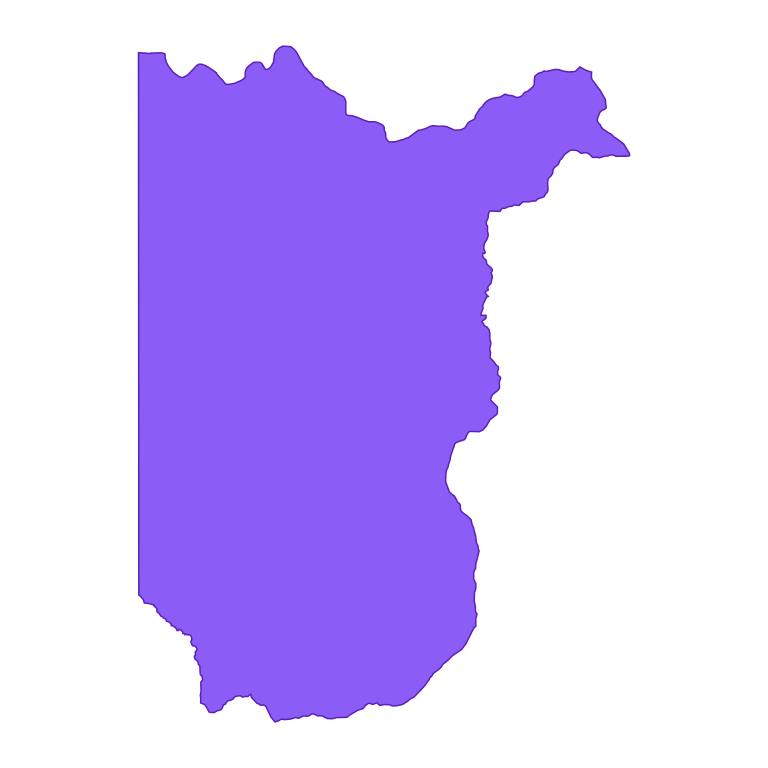 Sarapiqui, Heredia, Costa Rica
{"feature_id": "36466004B54791236061025", "entity_name": "Sarapiqui", "entity_type": "district", "adm_level": 2, "iso_a3": "CRI", "parent_name": "Costa Rica", "parent_adm1": "Heredia", "projection": "mercator", "projection_center": [-83.949, 10.488], "detail": "fine", "context": "isolated", "style": "filled", "palette": "violet", "viewbox_px": 768, "rotation_deg": 0, "n_neighbors": 0, "source": "geoboundaries", "source_scale": "gbopen_adm2", "svg_char_len": 6022}
<svg xmlns="http://www.w3.org/2000/svg" viewBox="0 0 768 768"><path d="M407.6,701.3L410.0,699.1L414.0,697.1L423.9,686.7L429.3,679.4L429.5,678.2L431.8,676.1L433.5,673.2L439.2,669.1L441.5,666.7L442.6,664.6L448.5,659.8L452.3,655.8L461.6,649.5L465.8,643.9L472.5,630.5L474.0,627.9L475.8,626.2L475.8,618.5L476.8,615.4L476.9,613.7L475.8,612.2L475.4,610.6L475.4,606.3L474.3,601.7L474.3,598.3L474.6,591.9L475.4,590.1L475.8,587.6L475.8,583.3L475.2,582.5L473.7,578.5L473.7,572.4L475.6,568.2L475.9,562.7L476.5,561.5L479.1,550.9L478.3,548.9L477.9,545.6L476.5,543.0L475.6,535.9L473.4,527.4L472.2,525.0L471.1,519.7L466.7,515.5L463.5,513.3L461.3,511.3L460.5,509.1L460.3,505.3L459.7,503.8L457.7,502.2L454.6,496.2L451.2,493.8L449.2,491.6L445.7,481.9L445.8,474.0L446.5,470.3L448.2,466.6L448.5,464.5L449.9,460.5L450.7,455.8L453.6,447.3L454.1,446.7L454.1,445.3L455.0,443.7L456.2,442.6L458.2,441.7L464.4,439.7L465.6,438.3L466.4,435.7L468.6,432.0L470.4,431.4L479.4,431.7L483.1,429.8L486.2,426.3L490.0,419.7L496.4,414.7L497.4,413.2L497.4,406.9L491.3,400.8L490.7,399.7L490.7,398.9L492.4,394.7L497.9,390.4L499.5,388.3L499.3,381.8L500.4,379.1L500.6,377.8L500.3,377.1L497.7,374.7L497.6,371.5L498.4,369.0L498.4,366.8L495.9,364.8L494.4,362.4L490.0,357.6L490.6,352.7L489.9,350.2L489.8,348.1L490.7,344.6L490.8,342.3L489.8,338.8L489.9,333.9L489.1,329.8L487.1,327.2L484.1,325.4L483.6,323.8L482.0,322.0L482.3,321.1L485.7,318.6L486.1,317.5L486.1,315.4L480.9,315.2L481.2,313.2L483.1,308.3L482.8,306.5L483.1,304.2L486.6,297.2L488.3,296.4L486.1,294.2L485.5,292.8L485.6,291.3L488.2,290.2L487.8,286.8L490.9,283.5L492.3,277.1L492.1,275.3L491.1,273.1L492.3,270.6L492.3,269.6L491.2,267.9L487.0,264.4L486.1,260.1L483.9,258.2L482.7,256.0L482.7,253.9L483.0,253.2L484.5,253.4L485.3,252.5L483.8,249.0L483.8,246.3L484.6,243.1L486.8,239.6L488.2,235.7L488.0,233.0L487.5,231.8L487.5,226.3L486.3,224.2L486.2,222.3L488.2,217.5L488.2,215.3L489.0,212.1L490.1,211.0L500.0,211.4L501.3,209.3L502.5,208.3L505.2,208.2L508.6,206.6L511.9,206.3L514.1,204.9L519.0,205.5L521.3,203.4L521.8,202.5L523.4,201.8L529.5,201.8L531.6,201.1L535.7,201.0L537.8,198.9L544.0,196.8L545.5,194.1L547.2,192.3L548.0,190.3L547.6,182.2L548.1,179.2L548.7,178.1L551.1,175.8L552.6,173.4L553.0,170.2L554.1,167.8L558.4,164.2L560.0,160.3L561.6,158.8L564.6,154.5L570.4,150.2L575.8,150.2L578.0,151.1L581.2,153.4L584.3,152.7L586.5,152.7L589.4,154.1L592.5,157.4L598.2,157.4L599.4,157.8L605.4,156.0L607.9,156.0L610.5,154.9L613.0,155.0L616.1,156.3L627.2,156.2L629.5,155.7L629.4,153.4L623.8,144.1L616.7,138.6L614.2,137.2L611.4,134.3L609.1,133.2L602.9,129.0L601.0,126.7L599.9,124.2L599.2,123.9L597.3,121.2L597.6,117.7L600.0,112.2L602.5,110.2L604.7,109.3L606.2,107.9L605.3,99.4L600.5,90.9L592.0,79.5L591.4,76.9L591.6,72.1L585.6,70.2L579.9,66.9L575.8,71.0L574.0,71.7L568.1,71.9L563.2,71.1L558.8,69.6L554.8,69.4L547.1,71.3L545.2,71.4L544.1,70.9L542.4,72.1L538.4,73.3L535.0,76.0L534.4,78.9L534.2,84.4L533.1,86.6L528.1,91.0L524.6,92.4L522.1,95.7L519.2,97.2L516.8,97.5L512.1,95.6L508.8,95.4L505.1,94.2L500.2,97.0L493.3,98.2L489.3,99.6L486.6,101.3L484.7,103.2L482.3,106.6L479.8,108.7L475.3,115.9L475.2,117.6L474.6,118.7L473.6,119.6L468.5,122.3L464.9,127.9L460.5,129.9L454.7,130.2L446.9,126.7L444.3,126.2L438.3,126.2L432.6,125.7L430.3,126.3L425.8,128.5L420.1,130.2L418.5,130.2L408.4,137.6L405.9,138.3L403.3,139.6L401.9,139.7L395.8,141.7L389.8,142.0L389.1,141.9L387.2,140.0L385.9,138.0L385.5,132.7L384.3,130.6L384.2,127.3L383.5,126.0L381.8,124.5L376.5,122.2L374.7,121.8L368.6,121.7L363.7,120.1L356.7,117.1L351.8,115.7L347.8,115.4L346.5,114.7L345.8,113.0L345.8,101.5L345.1,99.1L343.5,96.6L337.4,93.5L334.9,91.7L330.1,89.8L327.2,87.1L326.1,86.6L324.3,85.0L322.9,82.4L321.5,81.1L316.5,78.7L315.9,78.7L313.8,77.5L311.0,73.9L307.8,70.6L307.3,69.5L304.1,66.2L296.5,52.1L294.2,49.4L290.8,46.7L282.9,46.1L279.3,47.9L275.9,51.4L274.6,53.9L273.4,62.6L272.6,63.5L271.8,65.4L269.7,68.0L267.5,69.3L265.7,69.6L264.4,68.0L264.4,67.4L263.4,66.6L263.3,65.9L261.7,63.4L260.5,62.6L258.6,62.2L254.6,62.2L253.3,62.6L249.4,65.4L247.4,67.3L246.2,69.1L245.2,72.1L245.2,76.8L243.7,78.8L240.9,80.6L234.3,83.4L228.8,84.4L225.7,84.2L222.0,79.5L220.5,78.2L216.6,73.7L216.6,73.0L211.3,69.1L206.8,66.3L206.1,66.3L205.9,65.7L201.5,64.2L198.8,64.2L196.8,65.5L187.7,75.0L183.1,77.4L181.1,77.4L178.0,76.1L176.8,74.8L176.3,74.7L172.9,72.0L168.6,66.4L166.1,61.8L166.0,60.4L165.1,58.0L165.1,54.6L164.6,53.7L161.6,52.8L150.9,53.1L150.3,53.5L138.5,52.7L138.8,594.9L140.9,596.7L143.5,599.9L144.3,603.0L148.4,603.4L153.9,604.9L153.9,605.8L156.9,608.5L156.8,610.8L157.2,612.1L158.8,613.1L161.1,616.3L162.5,616.8L163.8,618.2L165.6,618.9L166.6,621.4L168.5,621.6L171.0,623.6L171.3,625.7L173.0,625.7L175.7,628.2L176.3,628.4L177.0,630.5L178.5,630.5L179.2,629.4L180.1,629.5L182.6,631.7L182.9,633.5L184.0,633.6L184.8,634.7L185.7,633.9L187.1,634.9L189.4,634.6L191.1,636.0L191.8,639.0L190.9,641.9L191.9,644.7L192.8,645.8L195.2,646.2L196.9,648.4L196.6,650.6L195.2,652.0L195.5,655.0L194.4,656.2L194.4,657.4L195.2,659.3L197.7,661.2L198.5,664.7L199.8,665.8L200.2,674.1L200.9,675.4L202.0,675.9L202.1,677.4L202.6,679.1L202.3,680.3L200.8,682.1L201.0,691.3L200.3,695.5L200.7,697.5L200.7,703.0L204.5,704.5L206.4,706.9L209.1,712.0L210.9,712.5L214.4,712.5L216.9,710.9L220.7,709.9L222.1,708.4L223.4,705.0L223.8,704.5L225.0,704.5L227.5,700.9L230.4,700.3L233.4,698.8L234.8,696.6L239.1,695.8L240.5,695.8L242.4,697.1L245.4,696.4L247.9,696.6L249.1,695.2L250.8,694.3L251.4,695.1L251.1,695.6L251.3,697.2L257.0,703.4L259.4,704.2L260.1,705.1L263.7,705.1L265.8,706.2L270.9,717.0L274.9,721.9L278.3,721.0L281.3,719.1L284.6,719.6L290.8,719.0L295.8,717.4L298.0,718.2L299.1,718.1L303.1,716.0L307.6,716.2L309.1,715.8L311.0,714.4L312.3,713.9L314.3,714.1L317.4,715.8L322.4,715.9L324.7,717.4L327.8,718.6L332.6,718.7L336.2,717.6L346.8,717.3L347.6,717.0L348.2,716.0L357.5,710.4L363.1,708.5L365.3,705.6L368.5,703.3L370.4,703.5L372.0,704.3L373.2,704.3L376.9,702.8L379.6,705.4L383.8,704.6L388.1,704.6L389.9,704.9L392.2,705.9L396.3,705.8L402.5,704.5L407.6,701.3Z" fill="#8b5cf6" stroke="#5b21b6" stroke-width="1.5"/></svg>